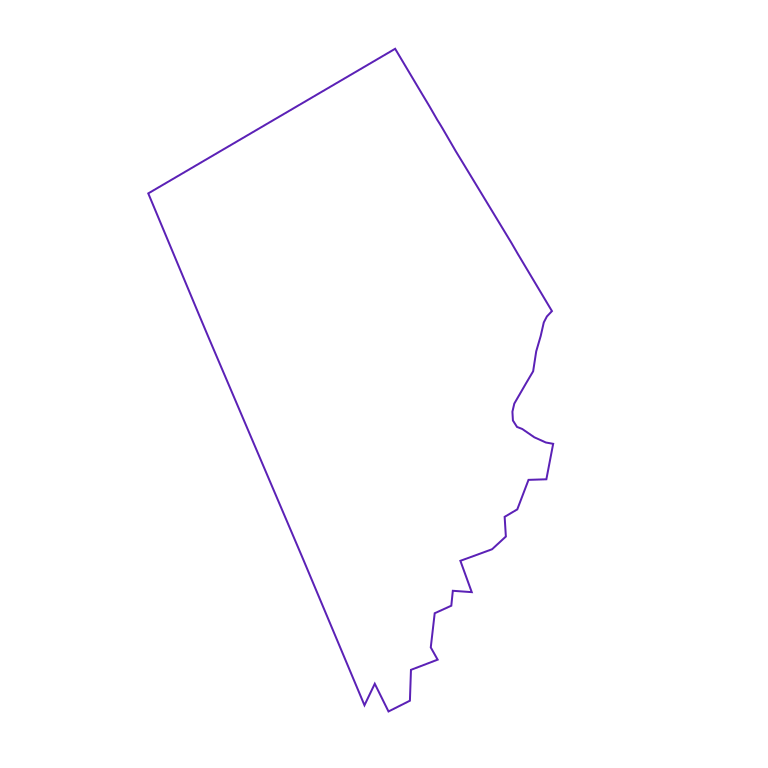 Dearborn, Indiana, United States of America, rotated 329°
{"feature_id": "52423323B83355931672108", "entity_name": "Dearborn", "entity_type": "district", "adm_level": 2, "iso_a3": "USA", "parent_name": "United States of America", "parent_adm1": "Indiana", "projection": "equal_earth", "projection_center": [-84.939, 39.121], "detail": "fine", "context": "isolated", "style": "outline", "palette": "violet", "viewbox_px": 768, "rotation_deg": 329, "n_neighbors": 0, "source": "geoboundaries", "source_scale": "gbopen_adm2", "svg_char_len": 741}
<svg xmlns="http://www.w3.org/2000/svg" viewBox="0 0 768 768"><g transform="rotate(329 384 384)"><path d="M201.8,649.3L221.7,636.2L219.2,667.0L243.1,668.8L259.9,642.9L288.0,647.9L288.4,633.9L309.4,606.6L327.5,608.7L336.5,596.7L352.0,607.6L358.4,574.9L391.5,581.3L409.9,577.5L419.0,560.0L433.7,560.1L458.5,540.6L474.1,549.3L498.2,522.4L492.6,517.5L485.4,507.1L479.3,493.7L475.9,489.3L475.7,481.7L479.8,473.9L485.6,467.9L506.4,456.4L518.4,449.9L531.3,434.4L543.0,423.6L552.7,413.5L558.4,410.0L565.5,408.0L565.7,341.2L565.9,328.2L565.5,234.6L565.4,221.6L565.8,195.4L565.8,190.1L565.7,185.2L566.0,168.6L566.0,153.7L566.2,102.4L280.1,99.2L261.1,229.2L257.6,253.7L224.5,492.1L201.8,649.3Z" fill="none" stroke="#5b21b6" stroke-width="2"/></g></svg>